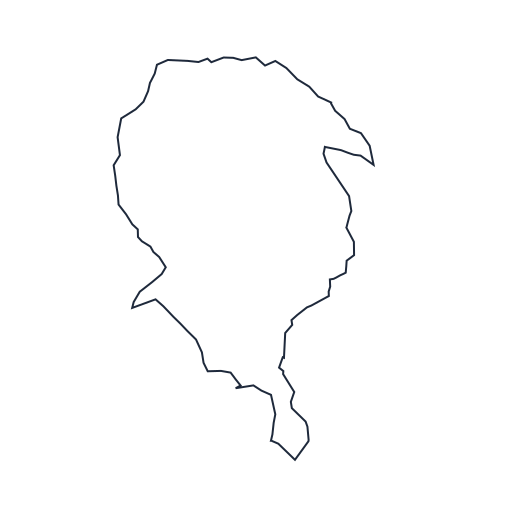 Kosi, Larnaca, Cyprus, rotated 171°
{"feature_id": "46923920B21687846185462", "entity_name": "Kosi", "entity_type": "district", "adm_level": 2, "iso_a3": "CYP", "parent_name": "Cyprus", "parent_adm1": "Larnaca", "projection": "albers", "projection_center": [33.514, 34.977], "detail": "fine", "context": "isolated", "style": "outline", "palette": "slate", "viewbox_px": 512, "rotation_deg": 171, "n_neighbors": 0, "source": "geoboundaries", "source_scale": "gbopen_adm2", "svg_char_len": 1739}
<svg xmlns="http://www.w3.org/2000/svg" viewBox="0 0 512 512"><g transform="rotate(171 256 256)"><path d="M162.2,270.0L160.7,273.5L157.3,281.2L154.8,285.5L154.7,300.6L170.3,334.3L171.7,337.3L172.4,341.3L173.3,346.4L173.2,346.8L171.7,350.7L170.9,353.0L170.5,352.8L156.9,347.8L155.2,347.1L149.1,343.6L143.6,340.7L137.0,338.8L136.9,338.7L136.2,338.0L125.6,327.6L126.5,347.1L133.1,360.9L143.4,367.0L147.1,377.4L155.1,387.0L158.0,394.9L157.7,395.8L169.7,403.8L176.9,414.9L187.6,424.1L196.6,436.9L206.4,445.6L217.3,442.7L225.1,452.2L239.5,451.7L242.2,452.9L247.5,455.3L256.9,457.1L269.8,454.4L273.0,458.5L282.5,456.6L293.0,459.4L312.4,463.4L323.9,460.4L327.5,452.0L332.5,445.1L333.6,443.7L336.8,435.7L343.0,426.0L351.9,419.7L367.6,413.0L374.1,395.0L374.6,376.9L382.4,367.9L382.5,357.2L382.9,347.3L382.9,337.3L383.7,328.3L377.8,317.5L373.2,306.6L368.6,300.8L369.6,293.2L366.4,288.4L358.8,281.8L356.7,276.0L351.8,270.2L346.9,259.0L352.0,252.9L362.8,246.4L376.4,238.9L384.0,229.7L386.1,224.8L386.4,224.1L362.0,228.9L355.4,220.9L346.9,208.6L341.1,200.8L335.6,192.8L328.3,182.9L324.5,169.3L324.5,158.7L321.7,149.7L308.6,148.0L299.3,144.8L295.2,137.0L291.5,130.5L296.8,128.6L278.8,128.6L271.7,122.2L262.9,116.5L261.7,96.6L264.6,88.6L267.7,77.2L270.1,71.3L269.9,71.3L263.3,67.1L249.4,48.6L233.2,64.8L232.8,66.1L231.9,79.4L232.9,84.7L244.4,100.1L244.4,106.5L239.5,115.7L247.7,135.1L247.0,138.1L250.7,142.1L245.4,151.8L244.3,151.1L239.2,175.4L231.0,182.3L231.0,187.1L224.3,191.4L213.7,197.3L209.1,198.4L190.3,205.1L189.8,209.5L187.5,214.2L187.3,216.1L186.7,221.3L182.9,221.3L180.3,222.1L175.7,223.8L172.4,224.7L170.0,225.5L168.4,231.9L167.2,237.2L159.0,241.5L157.1,254.7L162.3,269.9L162.2,270.0Z" fill="none" stroke="#1e293b" stroke-width="2"/></g></svg>